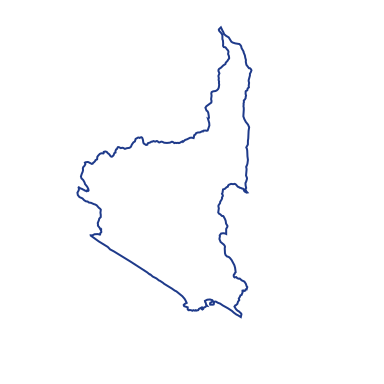 Limon, Limón, Costa Rica, rotated 153°
{"feature_id": "36466004B50274844038256", "entity_name": "Limon", "entity_type": "district", "adm_level": 2, "iso_a3": "CRI", "parent_name": "Costa Rica", "parent_adm1": "Limón", "projection": "equal_earth", "projection_center": [-83.21, 9.776], "detail": "fine", "context": "isolated", "style": "outline", "palette": "blue", "viewbox_px": 384, "rotation_deg": 153, "n_neighbors": 0, "source": "geoboundaries", "source_scale": "gbopen_adm2", "svg_char_len": 6008}
<svg xmlns="http://www.w3.org/2000/svg" viewBox="0 0 384 384"><g transform="rotate(153 192 192)"><path d="M301.9,199.4L302.0,199.1L297.5,190.3L292.0,181.3L291.0,178.0L288.6,174.6L278.5,158.1L268.4,140.7L267.2,137.9L266.9,137.9L266.4,137.1L265.4,134.5L262.9,131.1L261.6,128.2L260.8,127.3L259.0,124.1L258.6,123.0L253.7,115.0L252.2,112.1L251.0,110.5L247.9,103.5L247.1,100.1L247.0,97.9L247.1,95.6L248.9,95.6L250.3,95.3L250.7,95.1L250.8,94.4L250.8,93.8L248.2,91.2L249.1,89.4L248.8,88.3L247.7,87.8L247.3,87.9L246.9,87.9L247.2,87.8L245.5,86.0L244.5,86.1L243.3,85.0L242.3,85.0L242.1,84.4L240.1,83.9L238.8,84.7L236.1,84.7L236.5,83.9L236.5,83.4L236.1,82.6L235.2,82.7L234.7,83.9L234.1,83.5L231.9,83.6L230.9,84.2L230.2,83.7L230.5,85.4L230.1,86.8L230.2,88.1L229.9,89.1L227.3,89.1L224.8,88.1L223.0,86.4L222.9,85.5L223.9,85.0L226.0,85.0L226.8,84.1L226.9,83.3L224.5,82.1L223.7,82.0L222.1,84.1L221.1,83.9L220.4,83.4L219.2,81.5L217.6,79.8L216.1,77.0L212.8,72.1L210.4,67.9L209.5,65.5L208.1,62.7L206.9,61.1L205.3,58.4L203.4,60.7L203.4,61.5L204.5,64.5L205.3,65.6L206.0,67.6L206.2,70.6L205.0,71.3L204.3,71.2L202.4,71.7L200.8,73.4L198.9,74.3L198.7,75.8L196.7,77.0L195.8,77.9L194.5,77.8L193.9,78.4L192.6,79.5L191.8,81.2L191.3,81.1L191.0,80.6L190.7,80.7L190.3,80.1L189.2,80.0L188.5,80.8L187.6,80.9L187.4,80.6L185.9,82.2L186.1,83.3L185.7,85.7L186.0,88.4L187.8,90.7L188.8,93.2L189.7,93.5L190.7,94.5L191.3,96.2L192.8,96.5L193.1,97.2L193.0,98.3L192.2,99.4L191.3,99.6L190.8,100.2L189.5,100.7L188.0,105.0L187.5,107.6L187.6,113.3L188.1,115.9L188.8,117.5L190.1,118.7L190.7,120.7L190.4,122.5L188.3,127.2L187.5,128.1L187.3,129.2L187.5,130.6L189.2,134.5L188.9,137.7L187.3,139.8L187.0,140.8L184.9,141.8L182.9,141.1L181.3,140.0L180.6,139.1L178.3,143.6L176.2,145.0L175.8,145.8L176.0,148.4L175.1,151.0L174.9,153.0L175.0,156.0L175.2,156.5L176.2,157.1L176.9,159.2L177.8,160.5L177.9,161.9L175.5,165.3L175.0,167.2L174.5,168.0L172.0,169.4L171.4,170.4L169.1,171.8L168.1,172.6L167.8,173.5L166.4,174.4L166.0,175.1L166.1,176.8L165.3,177.3L163.2,180.2L161.4,179.9L158.9,180.6L157.8,180.4L157.4,180.7L156.9,181.4L155.8,181.7L153.5,181.5L151.8,180.3L150.3,179.9L149.8,179.3L149.4,178.5L148.8,175.9L148.1,175.3L147.7,174.3L146.6,173.4L146.1,172.6L145.1,171.9L144.9,171.2L145.0,169.1L144.8,168.4L143.6,166.6L142.9,166.4L143.3,167.9L143.1,170.4L141.9,171.0L141.3,173.4L140.3,175.7L139.1,176.6L137.0,178.8L136.6,179.8L136.4,182.1L133.2,187.2L132.8,188.1L132.4,189.6L132.0,190.2L131.4,190.4L129.8,192.0L127.6,195.2L126.4,198.6L124.1,203.6L123.5,205.3L123.4,207.1L120.7,208.9L118.9,212.3L117.6,214.1L113.8,220.8L111.7,223.7L111.5,226.6L112.3,230.4L112.2,231.3L112.3,233.0L111.9,236.1L108.4,242.0L107.6,243.7L107.3,244.9L106.4,246.3L105.8,247.6L105.0,248.4L104.3,250.0L102.8,250.5L101.6,251.3L101.0,252.4L100.1,253.3L99.7,255.1L98.5,257.3L98.1,257.5L96.6,257.5L95.4,259.0L93.8,259.4L93.2,261.0L91.6,263.3L91.1,265.3L90.5,266.2L87.5,269.5L86.7,271.1L85.3,272.0L83.8,273.4L83.7,274.3L83.9,275.2L84.2,276.0L85.0,276.4L85.1,276.8L85.8,280.6L85.0,283.5L84.0,285.2L83.6,287.4L82.9,289.6L82.6,293.1L82.3,293.7L82.5,297.7L82.0,299.7L82.2,301.1L82.6,302.3L86.0,304.8L87.9,306.7L88.7,308.0L89.1,313.1L90.7,315.6L91.7,318.0L91.5,320.7L91.6,321.9L91.5,325.6L94.2,324.7L94.5,324.3L94.6,323.0L93.9,320.6L93.7,319.0L93.8,317.8L95.5,314.4L95.7,312.8L96.8,310.2L98.0,308.1L97.9,306.7L96.6,305.8L96.4,305.3L96.0,302.9L95.7,302.1L95.7,301.1L95.9,300.3L97.2,298.6L97.4,296.4L98.1,294.4L98.5,294.0L99.7,293.5L100.7,292.8L103.2,291.9L104.2,290.8L106.6,290.6L109.8,289.6L111.9,289.4L112.7,289.0L113.5,287.9L113.7,285.3L115.8,283.4L116.4,281.3L117.4,279.8L117.8,278.0L118.5,277.0L119.1,275.2L120.8,272.8L122.1,271.8L123.8,271.3L125.2,271.3L127.5,272.1L129.1,272.1L130.0,271.2L130.9,268.8L132.8,266.1L133.3,264.2L134.2,262.9L140.2,261.9L141.8,261.0L142.1,258.0L141.5,256.8L141.5,255.5L142.3,252.8L143.2,250.4L143.9,250.1L144.5,249.4L144.6,249.6L145.3,245.8L146.3,243.4L150.1,239.7L151.0,239.8L151.6,240.4L153.8,241.4L154.3,241.4L154.8,241.0L155.5,241.5L157.9,241.5L159.6,242.3L160.6,242.5L161.9,242.5L162.8,241.7L164.3,241.6L165.5,239.9L166.1,239.3L167.5,240.5L169.1,241.2L172.5,241.2L174.5,241.5L177.3,240.8L177.4,241.5L180.9,241.4L181.6,241.6L182.1,242.2L183.5,242.6L184.1,243.2L185.6,243.6L185.9,244.6L187.0,245.9L189.3,246.0L192.1,247.1L194.5,248.6L195.5,250.0L196.3,250.7L197.1,250.9L198.4,250.9L199.0,251.3L199.8,253.0L200.2,253.4L201.9,253.6L203.3,254.9L204.6,254.9L205.4,255.3L206.7,255.1L209.1,255.5L209.7,255.2L210.2,254.5L210.9,254.5L211.6,254.8L213.0,257.2L212.8,258.6L212.1,260.5L211.8,262.4L211.8,263.1L212.4,263.9L214.2,264.0L214.7,264.7L215.4,265.0L218.1,264.9L219.9,263.0L221.7,262.8L224.0,261.6L225.8,260.1L226.8,259.8L227.9,259.8L230.1,260.6L232.2,260.9L233.3,262.5L234.1,263.1L235.5,263.4L236.9,265.3L237.8,265.6L239.4,264.4L240.2,264.4L241.0,263.8L241.8,263.0L242.2,261.9L243.5,261.9L245.3,260.3L247.0,259.8L247.9,260.1L248.4,261.4L248.6,263.2L249.4,264.8L249.8,266.5L250.9,267.5L252.4,267.8L252.9,266.9L253.4,266.6L255.3,267.7L256.8,267.8L259.1,267.0L260.4,266.3L261.7,264.2L263.5,264.2L264.2,263.6L265.8,263.0L266.8,262.9L267.5,262.4L268.5,262.5L270.8,265.7L271.3,266.1L273.3,266.8L274.1,266.8L274.2,265.8L274.5,265.1L276.0,264.1L277.7,263.5L278.5,262.6L279.2,260.9L280.3,259.6L281.8,258.4L283.9,256.3L284.3,254.3L283.5,252.1L283.4,249.2L283.7,247.7L283.0,244.3L283.0,241.8L283.5,240.3L283.7,240.2L284.0,240.9L284.5,241.1L285.1,240.4L285.5,240.4L286.6,241.8L287.1,242.2L287.3,242.9L288.3,244.1L288.6,244.7L289.9,246.0L290.7,247.6L291.0,247.5L291.3,246.1L292.2,244.9L294.4,243.4L295.1,241.1L294.6,238.6L292.5,236.0L291.8,233.6L290.7,231.8L289.3,230.9L288.7,229.5L286.8,228.1L285.0,225.8L284.1,225.0L283.0,223.5L282.2,220.3L281.4,218.6L281.3,217.6L283.0,215.1L283.7,213.0L284.7,211.1L286.7,210.4L287.7,209.2L290.1,207.1L290.4,206.0L291.1,204.7L290.6,202.2L290.6,200.7L289.9,200.6L289.8,200.1L290.6,199.1L290.6,198.4L291.1,197.4L292.5,196.9L293.2,195.8L293.4,195.8L294.9,197.2L298.0,198.6L300.6,198.6L301.9,199.4Z" fill="none" stroke="#1e3a8a" stroke-width="2"/></g></svg>